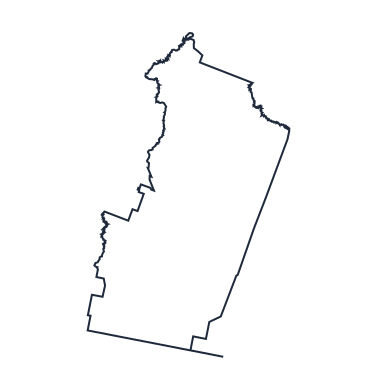 Vera, Santa Fe, Argentina, rotated 191°
{"feature_id": "61730980B38020683731034", "entity_name": "Vera", "entity_type": "district", "adm_level": 2, "iso_a3": "ARG", "parent_name": "Argentina", "parent_adm1": "Santa Fe", "projection": "mercator", "projection_center": [-60.689, -29.083], "detail": "fine", "context": "isolated", "style": "outline", "palette": "slate", "viewbox_px": 384, "rotation_deg": 191, "n_neighbors": 0, "source": "geoboundaries", "source_scale": "gbopen_adm2", "svg_char_len": 6125}
<svg xmlns="http://www.w3.org/2000/svg" viewBox="0 0 384 384"><g transform="rotate(191 192 192)"><path d="M268.0,36.2L129.9,36.2L163.3,36.3L163.3,50.5L150.3,50.4L150.2,67.8L140.0,75.3L132.5,118.4L131.3,119.4L124.3,167.7L118.4,200.8L108.3,262.1L108.2,270.9L108.9,272.3L108.6,272.8L109.1,273.2L109.6,272.2L110.4,273.0L110.2,273.6L111.0,273.8L111.1,272.6L111.5,272.9L111.4,273.6L112.2,273.1L112.3,274.0L112.7,273.5L113.0,273.7L113.1,273.1L113.7,273.5L113.6,274.1L113.0,274.0L113.8,274.5L113.3,274.9L113.5,275.1L114.5,274.6L115.2,275.6L116.8,274.9L117.4,275.5L117.9,275.0L118.6,275.0L118.6,274.5L120.3,276.2L120.8,275.9L121.4,276.4L122.4,275.7L122.5,276.1L121.8,276.8L122.4,277.0L123.5,276.3L124.5,276.5L124.8,276.0L125.5,276.7L126.4,276.7L126.8,276.2L127.8,276.5L127.6,276.9L128.0,277.2L128.7,276.8L129.6,277.3L129.7,276.4L130.3,277.9L131.3,277.0L131.7,277.6L130.9,277.8L131.0,278.3L132.2,278.5L133.0,279.2L133.4,278.9L134.0,280.4L135.1,280.6L135.5,280.1L135.9,281.1L136.4,280.4L137.6,281.0L138.2,280.5L137.9,281.7L138.6,282.1L138.0,283.3L138.9,283.4L139.2,284.2L139.8,284.5L139.5,285.3L140.4,285.6L140.2,286.7L139.3,287.4L140.5,287.7L140.3,289.1L141.1,288.8L141.5,289.2L141.5,289.8L142.2,289.5L142.0,288.2L143.0,288.4L142.9,287.7L143.6,287.7L143.3,287.0L144.2,287.0L144.4,287.8L145.5,287.8L145.6,287.1L146.2,287.4L146.5,288.1L147.6,288.5L148.1,288.1L148.4,289.4L147.7,289.5L147.5,290.0L147.5,290.9L148.3,292.0L147.7,292.4L147.9,293.3L148.9,293.7L149.6,295.5L150.2,295.3L150.7,295.9L152.5,301.1L153.5,301.4L153.5,302.1L154.1,302.7L154.2,303.3L153.7,303.7L153.9,304.5L154.4,304.6L155.2,303.7L155.3,304.8L155.8,305.1L155.6,305.8L156.4,305.7L156.0,306.7L156.5,307.3L154.9,307.3L154.8,307.8L155.4,308.4L154.0,309.0L153.9,309.4L154.6,310.1L153.7,310.7L209.1,320.7L207.9,328.1L213.0,331.3L217.6,333.6L218.5,337.4L218.4,339.4L219.4,341.5L222.2,342.0L224.6,341.8L224.1,343.1L221.0,345.0L221.0,346.8L222.3,347.8L224.9,347.5L227.6,343.7L227.6,342.8L227.1,342.2L224.2,341.4L224.5,340.8L226.3,340.9L226.3,340.4L227.3,340.1L228.2,340.6L228.6,340.3L229.6,341.4L229.9,340.0L229.5,339.5L229.9,338.8L228.9,338.7L229.0,337.8L228.1,337.8L228.6,336.9L228.1,336.5L229.0,335.8L229.4,335.3L229.2,334.8L230.6,334.6L230.8,334.9L231.2,334.5L230.9,333.9L231.3,334.1L232.0,333.9L231.4,334.0L231.7,333.7L231.3,333.5L232.1,333.1L231.6,332.7L232.1,332.6L231.8,332.3L232.3,332.1L231.8,329.7L233.4,328.8L233.5,328.2L234.7,327.7L236.7,328.3L238.6,327.7L238.9,326.5L238.6,326.0L238.7,325.2L240.2,325.1L239.9,325.0L240.2,323.1L239.8,322.0L241.2,322.0L240.8,321.4L241.3,321.6L242.1,320.1L240.8,318.6L241.0,318.2L241.8,318.2L241.1,317.7L242.0,317.6L241.7,316.7L242.6,317.0L242.2,316.2L242.4,315.9L243.5,316.1L243.8,315.6L244.4,315.7L244.0,315.3L244.7,315.0L244.5,314.3L245.0,314.5L245.7,313.4L246.4,313.9L246.9,313.7L246.8,313.8L247.0,314.2L246.9,313.9L247.4,313.7L247.3,314.2L247.8,314.5L248.0,314.0L248.2,314.5L248.3,314.2L249.2,314.5L249.4,313.9L248.9,313.9L248.7,313.4L249.5,313.5L249.1,313.2L249.7,312.6L249.7,311.8L251.7,310.6L253.0,311.5L253.5,311.4L254.1,310.5L253.6,310.1L254.8,308.1L255.0,306.4L256.3,304.7L256.2,304.2L257.1,303.2L257.7,303.1L257.5,302.2L258.2,299.7L260.0,299.5L259.8,296.6L258.8,296.1L258.0,296.3L257.8,296.1L258.2,295.6L255.5,294.7L251.9,295.1L250.8,294.8L250.5,295.4L250.0,295.1L249.4,296.1L248.4,296.3L248.5,296.7L248.0,296.6L247.6,294.4L247.0,294.3L247.3,294.0L246.8,292.5L245.2,291.7L245.0,291.2L245.2,290.9L244.5,290.8L244.9,290.6L245.1,289.6L244.7,289.5L244.8,288.8L244.5,288.4L245.0,288.0L244.6,288.0L244.7,287.2L244.0,287.2L244.3,285.7L243.4,283.8L243.6,282.9L244.5,282.0L244.2,281.6L245.1,280.8L244.4,279.8L244.8,279.6L244.5,279.0L245.1,278.5L244.7,278.5L245.1,277.9L244.3,273.7L243.9,274.2L243.6,273.9L243.7,274.2L243.0,274.3L242.9,273.9L242.2,274.1L242.1,273.6L240.2,273.3L238.6,274.2L236.6,274.0L233.6,270.8L234.0,269.5L233.6,267.0L233.7,265.5L234.3,264.9L233.8,264.7L233.5,263.6L233.9,263.2L233.6,263.4L233.5,262.8L234.1,260.7L233.7,259.9L233.9,257.8L233.2,257.1L233.9,256.4L232.6,255.7L233.2,255.7L233.0,253.6L232.5,253.0L232.0,251.1L232.3,250.9L231.0,248.9L231.6,248.7L231.9,247.1L231.5,246.8L231.9,246.6L231.5,245.7L231.9,244.7L231.5,244.4L231.8,242.5L231.5,242.3L231.9,242.1L231.6,241.8L232.2,240.3L233.4,239.4L234.0,238.6L233.9,238.0L234.4,237.7L234.5,237.1L233.6,235.1L234.0,234.1L235.6,233.4L235.2,233.0L235.7,232.9L235.6,232.4L236.6,231.6L236.5,230.6L239.1,227.7L238.8,226.2L240.0,225.3L241.3,225.1L242.3,224.5L242.9,222.9L240.8,220.3L240.8,217.6L242.1,214.2L241.7,213.3L239.7,212.2L239.3,206.8L239.8,206.9L234.8,199.3L236.6,199.6L236.0,196.0L229.6,186.1L232.5,186.6L233.6,188.1L243.6,189.7L244.2,185.7L245.5,185.9L245.8,184.0L244.2,183.7L244.3,181.8L239.0,181.0L241.8,162.9L247.1,163.7L249.1,151.7L274.2,156.1L275.3,154.3L274.8,154.5L274.7,153.4L275.4,153.3L275.8,152.5L274.9,152.5L275.5,151.6L274.9,150.4L275.0,149.2L274.9,149.7L274.2,149.6L274.3,149.2L273.8,149.5L273.8,148.9L273.0,148.7L273.4,147.2L273.0,147.1L273.2,146.6L272.7,146.5L272.8,146.1L272.1,146.2L272.5,145.8L271.1,145.2L271.1,145.8L270.6,145.4L270.6,145.8L270.0,145.8L270.4,144.8L268.8,144.5L269.7,144.1L269.3,143.9L269.6,143.5L269.0,143.3L269.6,142.6L269.1,142.1L269.3,141.5L270.4,141.3L270.2,140.9L271.5,140.4L271.7,140.0L271.2,140.1L271.0,139.6L272.1,138.7L271.4,138.7L271.7,137.8L271.2,138.4L271.2,137.5L270.8,137.8L270.8,137.4L270.1,137.4L270.7,137.2L270.4,136.4L271.3,136.4L270.3,135.9L270.8,135.6L271.3,135.8L270.8,135.1L271.8,134.9L271.7,134.0L272.8,133.3L271.8,133.0L272.4,132.3L271.6,131.7L272.1,131.8L272.4,130.8L271.5,130.9L270.9,129.4L269.8,128.8L269.9,128.2L267.8,127.7L268.2,127.0L267.7,126.7L267.9,125.9L267.5,126.2L267.3,125.4L267.8,124.9L268.5,125.0L269.3,124.3L268.9,124.0L269.1,123.5L268.2,123.0L268.4,122.6L267.8,122.0L268.1,121.7L267.7,120.8L268.0,120.0L267.7,119.8L268.2,119.1L267.1,116.7L267.9,115.0L268.3,112.5L268.1,111.6L269.5,111.0L270.1,110.2L270.2,109.5L269.8,108.4L270.8,106.5L270.8,105.7L271.2,105.0L273.2,103.9L273.8,101.3L272.5,100.4L270.5,100.2L270.7,99.5L269.6,98.1L269.6,90.3L262.1,90.2L259.5,83.6L259.8,72.1L270.6,72.0L270.7,51.1L268.0,51.2L268.0,36.2Z" fill="none" stroke="#1e293b" stroke-width="2"/></g></svg>